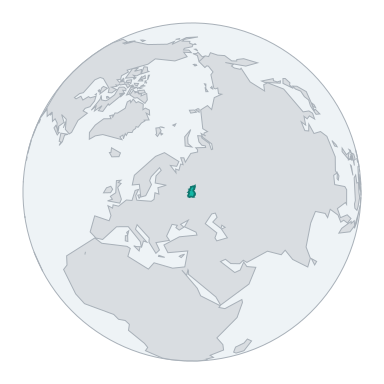 the Earth from above Nizhegorod, rotated 344°
{"feature_id": "RUS-2357", "entity_name": "Nizhegorod", "entity_type": "Region", "adm_level": 1, "iso_a3": "RUS", "parent_name": "Russia", "parent_adm1": "", "projection": "orthographic", "projection_center": [44.77, 56.28], "detail": "fine", "context": "on_globe", "style": "filled", "palette": "teal", "viewbox_px": 384, "rotation_deg": 344, "n_neighbors": 0, "source": "natural_earth", "source_scale": "10m", "svg_char_len": 13191}
<svg xmlns="http://www.w3.org/2000/svg" viewBox="0 0 384 384"><g transform="rotate(344 192 192)"><circle cx="192" cy="192" r="169" fill="#eef3f6" stroke="#a8b0b8"/><path d="M146.8,29.2L148.4,28.8L156.9,26.8L167.8,26.1L171.4,30.0L166.8,29.9L168.2,31.2L174.0,31.4L177.5,31.3L190.2,38.1L208.9,43.1L216.6,42.4L213.5,44.6L229.2,42.0L240.5,44.6L226.7,43.2L224.4,44.3L231.5,46.6L230.7,48.3L233.7,50.5L232.2,52.4L224.2,51.8L223.0,53.1L228.1,54.7L229.8,57.9L222.5,55.3L224.6,60.6L211.7,61.3L193.4,53.9L185.0,57.0L163.2,57.0L164.0,59.1L156.3,60.8L154.4,64.0L150.9,63.4L152.4,66.5L156.0,66.5L157.8,67.9L157.1,69.9L152.4,69.3L152.2,68.3L150.4,69.1L148.4,68.1L148.9,69.7L143.4,69.0L147.7,72.7L142.3,74.6L138.9,73.3L140.9,69.6L138.1,58.5L135.3,56.6L129.5,57.4L114.9,66.6L111.2,66.4L105.0,68.8L106.2,70.5L111.6,69.3L112.4,73.5L118.8,71.8L120.1,73.4L126.1,73.5L123.4,77.7L117.5,81.9L112.4,82.1L109.7,84.0L113.1,87.4L102.2,91.7L92.7,101.5L90.0,102.3L87.5,96.9L91.2,87.4L88.0,81.6L88.2,89.8L81.7,92.2L79.8,94.6L79.1,97.2L80.9,98.1L78.2,100.0L77.0,92.3L79.4,90.5L79.7,92.8L81.4,88.5L80.6,83.9L77.3,85.7L79.4,77.6L77.1,79.0L76.3,78.1L79.8,76.5L73.6,79.4L75.5,72.4L67.0,78.8L77.4,69.4L82.3,64.7L87.6,59.9L86.2,60.8L95.0,53.9L99.3,50.7L110.5,44.0L122.2,38.1L134.4,33.2L146.8,29.2ZM24.6,169.0L24.4,170.3L24.4,171.0L24.6,169.0ZM23.6,206.0L24.0,209.5L26.4,225.2L26.7,227.1L23.6,206.0ZM69.0,76.1L65.3,80.3L53.3,95.7L58.0,89.1L57.5,89.8L61.0,85.4L66.7,78.6L68.8,76.4L69.0,76.1ZM64.7,82.3L66.6,80.0L65.0,82.1L64.7,82.3ZM179.2,31.1L174.2,31.3L169.3,30.6L173.5,30.2L179.2,31.1ZM188.5,33.4L186.0,33.8L184.7,31.9L186.5,32.3L188.5,33.4ZM222.2,41.6L218.3,40.8L222.4,41.1L222.2,41.6ZM234.4,50.5L235.8,50.3L236.8,51.5L234.4,50.5ZM127.2,71.2L126.6,72.3L125.8,71.7L127.2,71.2ZM130.3,70.3L129.7,68.8L131.1,68.1L131.4,69.1L130.3,70.3ZM235.3,55.7L236.4,57.9L233.9,55.5L235.3,55.7ZM130.6,72.3L133.6,67.2L136.0,66.1L139.3,68.9L130.6,72.3ZM236.2,59.2L239.1,64.9L242.3,64.8L234.7,68.6L234.8,62.3L231.1,59.3L234.6,60.2L236.2,59.2ZM157.5,65.7L153.6,65.7L157.5,63.9L157.5,65.7ZM159.5,64.2L168.9,57.0L174.2,58.1L170.0,60.1L177.4,60.3L175.4,64.2L170.8,65.1L167.8,63.6L169.3,66.3L159.5,64.2ZM230.0,70.0L229.6,71.4L228.5,69.8L230.0,70.0ZM158.9,68.4L160.3,66.7L165.0,67.5L163.0,70.9L162.1,69.6L158.9,68.4ZM180.4,58.4L183.5,59.7L182.7,63.3L183.8,64.3L175.8,64.5L180.4,58.4ZM160.7,70.4L161.9,72.7L158.9,74.1L157.8,70.0L160.7,70.4ZM167.1,66.3L169.2,66.9L167.4,67.6L167.1,66.3ZM149.2,81.0L150.9,78.8L153.4,79.0L149.2,81.0ZM162.5,73.4L163.5,72.9L164.7,72.8L164.9,74.6L162.5,73.4ZM175.8,67.0L174.8,68.3L179.0,67.1L178.6,69.9L173.3,69.6L175.4,70.9L175.3,71.7L171.1,70.5L175.8,67.0ZM168.6,76.1L161.8,76.9L158.2,80.8L155.8,80.7L162.0,74.5L168.6,76.1ZM170.5,72.9L168.8,74.8L166.7,73.6L166.5,71.6L170.5,72.9ZM180.2,72.0L182.2,67.8L183.3,68.0L180.2,72.0ZM168.0,77.4L169.7,77.2L168.0,77.8L168.0,77.4ZM176.9,73.8L177.5,72.3L178.7,72.6L176.9,73.8ZM172.6,78.2L170.3,78.4L170.1,77.0L172.6,78.2ZM174.9,76.4L176.4,77.2L171.4,76.3L175.0,75.6L174.9,76.4ZM178.0,74.4L178.9,74.1L177.6,75.0L178.0,74.4ZM174.5,83.6L168.3,82.9L167.8,79.7L174.0,80.8L174.5,83.6ZM125.6,347.3L117.8,343.5L103.5,331.7L106.6,329.2L104.6,324.4L92.8,307.5L95.3,302.0L92.4,297.1L86.3,294.1L83.0,288.1L79.4,285.5L57.9,269.7L52.1,257.9L47.2,231.1L51.7,227.8L53.9,218.8L85.9,209.4L91.1,216.4L114.5,226.3L117.1,229.2L112.6,236.2L128.8,254.1L136.0,249.6L152.4,259.9L164.4,262.0L171.7,247.5L152.1,243.7L150.4,235.2L167.5,231.6L184.9,234.8L184.8,231.7L175.2,223.4L180.7,218.0L172.1,219.9L174.5,223.6L169.2,225.1L166.7,221.8L168.7,220.0L163.9,217.6L155.4,227.4L157.0,232.3L143.4,230.7L144.7,238.8L140.4,241.0L136.8,228.3L138.2,224.5L130.2,208.3L127.4,212.2L134.8,227.8L131.8,225.7L128.1,231.5L128.6,225.4L121.2,207.8L109.9,204.6L93.0,213.0L87.0,209.8L83.1,202.3L91.9,188.1L104.4,196.8L107.6,192.4L107.4,182.0L111.2,185.6L112.6,182.6L117.5,185.4L126.7,181.6L132.0,183.6L137.8,174.8L141.3,174.8L136.9,179.9L136.7,184.7L150.3,189.7L153.5,188.6L156.2,182.5L159.6,184.9L160.4,178.5L169.2,178.4L159.1,173.2L161.9,166.5L168.4,162.7L167.5,159.7L157.0,166.0L154.4,169.4L155.1,173.7L146.5,182.8L141.4,182.7L143.5,170.1L136.5,168.8L141.2,160.0L166.8,147.7L176.4,146.6L187.8,159.1L184.4,163.1L178.5,160.5L181.9,169.2L182.6,165.4L185.4,167.5L188.8,162.0L191.0,163.3L190.6,156.0L193.6,156.9L193.8,161.5L201.5,154.6L208.4,155.1L209.0,152.9L207.8,150.5L217.4,153.0L217.5,151.3L214.4,149.8L212.5,145.7L213.0,139.4L216.2,140.6L216.5,143.0L222.0,150.1L222.3,156.6L223.7,156.5L224.2,151.1L217.5,142.4L216.9,138.3L220.6,141.9L219.2,140.3L219.9,138.6L223.6,138.2L219.8,134.1L223.0,115.5L230.7,113.2L233.6,118.2L239.4,107.4L247.5,106.2L244.6,104.8L245.4,99.1L242.9,99.3L241.6,98.3L242.5,84.5L245.3,82.4L242.4,75.5L240.9,74.8L238.7,75.9L234.7,68.6L242.3,64.8L245.3,66.4L248.1,63.2L254.4,67.5L261.0,69.9L266.3,76.9L271.1,78.4L271.6,77.0L278.4,78.1L290.6,85.9L278.4,85.8L259.7,76.7L267.1,80.7L264.7,81.8L266.9,84.5L272.2,87.4L273.3,86.5L278.2,102.2L289.6,114.9L290.5,108.6L294.8,107.9L308.5,118.3L320.9,145.6L326.7,146.3L329.6,149.5L330.0,155.7L325.8,151.2L322.9,153.4L320.5,150.1L319.7,159.0L316.3,154.6L317.4,164.1L321.0,165.5L323.0,158.9L325.4,169.4L332.2,169.3L337.0,175.7L339.4,197.6L335.7,211.0L336.4,213.7L332.8,215.0L331.2,224.2L340.4,228.9L341.3,232.4L337.2,246.6L336.6,244.4L327.2,248.0L327.7,257.6L334.9,256.7L337.5,261.3L332.9,264.7L330.1,260.9L326.7,262.0L326.0,254.4L320.1,246.7L315.3,254.0L314.1,249.3L305.3,244.7L297.6,254.5L286.5,276.3L287.5,288.3L282.6,296.0L270.2,284.6L265.5,273.6L260.5,276.9L248.2,269.7L225.3,274.8L222.5,271.7L218.1,274.1L209.6,271.5L205.6,265.9L200.2,266.7L210.9,281.2L216.8,280.3L222.4,273.6L224.2,278.8L232.6,282.0L221.4,296.2L188.3,308.6L186.0,299.4L165.8,270.0L166.9,266.7L166.8,266.3L166.7,265.6L163.8,270.7L160.7,264.4L170.5,285.9L171.7,294.2L187.8,309.1L186.1,310.4L191.5,313.2L210.3,309.1L210.1,312.0L200.7,325.1L175.7,339.1L179.6,347.2L178.8,352.6L164.4,354.0L167.0,356.9L159.8,356.5L160.3,357.4L155.3,356.8L150.8,355.9L138.0,352.1L125.6,347.3ZM73.1,220.1L71.8,222.6L73.1,220.1ZM202.3,245.8L213.4,245.8L210.1,235.8L214.1,235.1L211.5,232.1L209.8,235.1L203.7,226.6L209.1,223.3L208.6,218.7L204.9,218.5L196.0,226.1L204.6,238.1L201.4,242.4L202.3,245.8ZM32.8,135.4L32.5,136.2L32.8,135.4ZM43.3,112.6L41.5,116.2L42.9,113.1L43.3,112.6ZM51.7,98.1L44.7,109.8L47.5,104.6L52.0,97.3L49.5,101.3L51.7,98.1ZM63.4,83.0L61.9,84.9L61.6,85.1L63.4,83.0ZM63.5,83.8L64.0,83.3L65.2,82.0L63.5,83.8ZM81.8,92.7L81.8,93.3L80.5,96.1L80.1,95.0L81.8,92.7ZM81.3,107.9L77.1,110.6L79.8,107.8L78.3,106.6L82.2,99.3L88.9,102.4L85.2,102.2L81.3,107.9ZM89.2,90.8L86.0,94.9L89.2,90.4L89.2,90.8ZM115.5,164.1L116.5,167.5L113.5,170.2L106.7,168.4L111.0,164.4L115.5,164.1ZM118.5,171.7L122.5,160.2L126.9,161.1L123.7,162.5L126.2,164.2L121.9,167.0L122.1,179.5L119.5,182.8L108.4,177.2L113.5,177.1L112.3,173.7L118.5,171.7ZM125.0,131.6L126.8,127.3L134.0,134.7L131.5,137.9L124.6,136.1L123.5,131.3L125.0,131.6ZM135.9,78.4L136.1,76.8L137.4,76.9L138.2,78.3L135.9,78.4ZM149.8,80.0L136.2,85.8L135.8,84.2L128.4,90.0L124.4,88.0L129.3,84.2L120.6,87.2L123.5,83.0L117.7,85.6L129.2,77.5L131.4,74.1L130.5,78.6L134.1,80.5L136.3,80.3L144.3,77.3L150.9,71.2L155.5,72.4L157.1,74.8L156.2,76.4L153.5,75.1L154.3,78.2L149.6,77.6L149.8,80.0ZM172.5,106.3L169.7,103.5L170.6,110.9L165.9,109.8L166.3,110.7L162.3,111.8L158.0,114.9L156.2,113.7L155.3,115.4L152.6,116.3L150.8,118.3L146.9,117.1L144.4,119.5L143.9,117.5L140.7,122.0L141.3,118.2L137.9,119.1L139.1,122.4L122.1,112.2L114.5,111.4L107.8,113.0L109.8,106.5L117.4,101.0L127.3,97.3L134.3,99.2L133.9,96.0L137.2,96.1L136.1,98.5L139.7,94.8L142.1,95.6L150.9,93.1L154.6,87.6L157.9,86.7L157.7,89.2L161.1,86.5L162.9,90.8L165.3,90.3L169.4,94.1L167.5,99.4L170.3,98.5L173.6,101.5L172.5,106.3ZM175.6,84.8L174.4,91.2L171.2,93.8L165.4,86.2L162.9,86.0L159.1,81.5L163.7,77.9L164.4,79.5L166.1,80.2L164.0,81.0L167.0,80.9L168.0,83.2L170.6,83.7L169.5,85.6L175.6,84.8ZM121.2,227.6L123.4,229.1L127.1,230.3L124.9,234.1L121.2,227.6ZM115.9,215.7L118.1,216.2L116.7,221.9L114.4,220.5L115.9,215.7ZM120.5,211.8L118.3,215.8L118.1,212.8L120.5,211.8ZM139.0,180.1L141.5,180.3L141.3,181.9L139.4,183.5L139.0,180.1ZM174.1,129.1L173.0,126.8L174.0,126.2L174.9,120.6L178.4,121.1L179.2,124.7L174.1,129.1ZM167.7,249.7L163.6,252.1L162.0,250.3L163.8,249.8L167.7,249.7ZM142.7,243.7L147.8,247.3L142.0,244.7L142.7,243.7ZM178.1,128.7L178.0,126.3L179.8,128.1L178.1,128.7ZM181.0,121.2L183.3,122.8L178.9,120.5L181.0,121.2ZM208.2,351.6L198.2,358.9L190.0,359.0L187.9,357.4L191.1,353.1L200.4,351.5L204.7,348.6L208.2,351.6ZM352.7,244.0L352.3,245.3L352.9,243.6L352.7,244.0ZM351.2,248.0L352.8,243.7L350.7,249.7L351.2,248.0ZM354.5,238.2L353.4,241.9L354.9,236.9L354.5,238.2ZM350.0,251.1L341.8,266.8L338.1,271.7L339.4,268.8L345.4,259.4L350.0,251.1ZM339.1,269.2L332.9,273.8L321.8,272.0L325.9,268.2L336.9,264.1L336.3,266.2L340.0,264.3L339.1,269.2ZM352.4,238.3L351.7,243.3L347.6,251.8L345.5,255.1L344.1,252.5L344.9,248.3L346.7,245.2L351.8,223.0L354.0,220.8L352.9,228.8L354.6,228.7L352.4,238.3ZM288.4,288.9L292.7,293.1L289.8,295.9L288.4,288.9ZM352.4,210.8L351.3,220.4L351.8,209.8L352.4,210.8ZM351.7,202.3L352.6,204.3L351.1,204.3L351.7,202.3ZM337.7,217.0L335.9,220.9L335.1,219.3L337.0,213.5L337.7,217.0ZM340.7,181.1L343.4,186.1L344.0,188.5L341.8,187.1L340.7,181.1ZM208.0,131.6L202.8,138.6L201.5,144.4L204.3,148.7L198.1,145.9L200.2,136.9L208.0,131.6ZM220.8,117.3L218.3,113.9L220.8,113.5L221.7,114.3L220.8,117.3ZM218.3,116.5L212.5,115.8L212.0,112.7L216.7,113.8L218.3,116.5ZM195.2,122.0L193.4,124.0L192.0,122.4L195.2,122.0ZM360.7,200.8L360.5,204.0L360.9,196.2L360.7,200.8ZM359.2,216.1L359.0,217.5L358.7,218.6L359.2,216.1ZM359.9,211.2L359.5,214.3L359.6,212.9L360.0,210.1L359.9,211.2ZM355.5,227.0L356.0,227.9L357.6,220.9L356.4,227.3L357.0,227.8L356.4,230.6L355.9,229.8L354.9,235.7L354.2,238.0L354.2,235.3L355.2,228.0L356.0,223.6L358.6,212.9L355.5,227.0ZM359.8,209.8L359.5,208.4L359.6,205.2L360.0,205.0L359.8,209.8ZM357.9,205.7L356.2,206.2L355.4,211.3L356.3,198.6L357.9,200.2L357.9,205.7ZM355.3,201.1L354.7,205.9L354.8,199.3L355.3,201.1ZM354.1,205.5L353.2,203.3L354.1,201.0L354.1,205.5ZM355.8,199.4L354.6,194.4L355.8,195.6L355.8,199.4ZM350.8,198.7L354.1,197.1L351.1,202.9L347.4,194.6L348.4,191.2L350.8,198.7ZM334.1,144.9L331.9,143.2L331.8,139.6L333.4,141.8L334.1,144.9ZM329.5,127.0L331.1,138.1L332.0,147.4L333.3,146.4L336.4,152.2L332.6,151.5L329.6,141.9L329.5,135.7L326.3,131.3L324.3,125.0L319.8,121.5L317.9,117.9L322.0,119.3L329.5,127.0ZM317.9,120.3L309.4,112.7L310.7,108.0L312.9,108.6L316.2,114.0L315.3,116.1L317.9,120.3ZM307.7,109.6L306.8,111.7L292.2,106.7L289.5,104.5L301.3,105.4L301.0,107.5L304.3,109.7L307.7,109.6ZM231.4,71.7L229.7,71.4L231.1,70.6L231.4,71.7ZM240.2,98.6L238.6,96.9L240.2,96.0L240.2,98.6ZM235.1,92.1L234.4,94.3L233.8,91.4L235.1,92.1ZM233.0,99.4L233.4,94.9L235.0,99.9L233.0,99.4Z" fill="#d9dde1" stroke="#a8b0b8" stroke-width="1"/><path d="M193.6,195.9L193.6,195.7L193.7,195.4L193.6,195.2L193.4,195.3L193.4,195.5L193.2,195.5L193.1,195.8L193.1,196.0L192.8,196.2L192.8,196.3L192.7,196.5L192.7,196.4L192.5,196.5L192.5,196.8L192.5,197.0L192.4,197.0L192.5,197.1L192.6,197.3L192.4,197.3L192.2,197.3L192.0,197.2L191.7,197.3L191.8,197.2L191.7,197.0L191.4,197.1L191.1,196.9L190.9,196.8L190.8,196.7L190.7,196.6L190.6,196.4L190.4,196.3L190.2,196.3L190.1,196.1L189.8,196.0L189.7,195.9L189.4,195.9L189.3,196.0L189.2,196.1L189.2,196.3L188.7,196.3L188.4,196.3L188.2,196.3L188.2,196.2L188.1,195.8L188.1,195.7L187.8,195.7L187.7,195.8L187.3,195.7L187.3,195.4L187.1,195.5L187.0,195.4L187.1,195.2L187.3,194.9L187.2,194.7L187.3,194.7L187.5,194.5L187.6,194.4L187.5,194.1L187.5,193.9L187.6,193.7L187.8,193.4L188.0,193.4L188.2,193.2L188.4,192.8L188.5,192.9L188.6,192.7L188.6,192.4L188.9,192.3L189.0,192.3L189.0,192.2L188.8,192.2L188.7,192.2L188.7,191.9L188.6,191.7L188.4,191.5L188.5,191.5L188.5,191.4L188.8,191.4L188.9,191.2L189.0,191.1L189.0,190.9L188.9,190.9L188.8,190.7L188.9,190.4L189.0,190.4L189.3,190.3L189.4,190.2L189.5,190.3L190.0,190.1L190.1,189.9L190.2,189.7L190.3,189.7L190.2,189.6L190.0,189.4L190.0,189.2L190.3,189.1L190.3,188.9L190.5,188.8L190.3,188.6L190.5,188.6L190.8,188.6L191.0,188.5L191.1,188.4L191.3,188.4L191.4,188.2L191.5,188.1L191.7,187.8L191.8,187.8L192.0,187.7L192.1,187.3L192.1,187.1L192.0,186.9L192.1,186.7L192.3,186.7L192.7,186.7L192.8,186.8L193.1,186.8L193.2,187.0L193.3,187.1L193.5,187.0L193.5,186.9L193.8,186.8L193.9,186.7L194.4,186.7L194.5,186.7L194.6,186.8L194.9,186.8L196.0,186.8L196.5,187.0L196.6,186.9L196.6,187.0L196.5,187.3L196.4,187.4L196.4,187.5L196.4,187.9L196.4,188.0L196.1,188.2L195.9,188.1L195.6,188.4L195.4,188.3L195.2,188.3L195.2,188.5L195.0,188.8L195.2,189.0L195.3,189.1L195.1,189.2L195.1,189.3L195.2,189.5L195.2,189.8L195.0,190.0L194.9,190.1L194.5,190.0L194.4,190.1L194.1,190.2L193.9,190.2L193.9,190.3L193.8,190.5L193.8,190.8L193.8,191.0L193.6,191.0L193.4,191.1L193.4,191.3L193.5,191.5L193.8,191.5L193.9,191.8L193.8,192.0L194.0,192.2L194.1,192.3L194.1,192.5L194.3,192.7L194.3,192.8L194.2,193.0L194.3,193.1L194.2,193.2L194.2,193.3L194.1,193.5L193.9,193.7L193.9,193.8L194.0,193.9L194.1,194.0L194.3,194.2L194.5,194.2L194.5,194.3L194.6,194.5L194.4,194.7L194.4,194.8L194.4,195.0L194.2,195.2L194.2,195.4L194.2,195.5L194.0,195.8L193.9,195.8L193.9,195.7L193.8,195.8L193.6,195.9Z" fill="#14b8a6" stroke="#0f766e" stroke-width="1.5"/></g></svg>